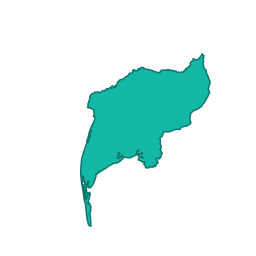 Chame, Panama (orthographic projection), rotated 124°
{"feature_id": "35544464B5601098588879", "entity_name": "Chame", "entity_type": "district", "adm_level": 2, "iso_a3": "PAN", "parent_name": "Panama", "parent_adm1": "", "projection": "orthographic", "projection_center": [-79.873, 8.613], "detail": "fine", "context": "isolated", "style": "filled", "palette": "teal", "viewbox_px": 256, "rotation_deg": 124, "n_neighbors": 0, "source": "geoboundaries", "source_scale": "gbopen_adm2", "svg_char_len": 5946}
<svg xmlns="http://www.w3.org/2000/svg" viewBox="0 0 256 256"><g transform="rotate(124 128 128)"><path d="M25.4,108.0L28.4,107.5L29.3,108.1L31.0,107.9L32.5,108.6L33.3,109.2L34.2,112.6L34.6,112.6L35.3,111.8L35.7,111.7L36.5,111.8L36.7,112.3L37.4,112.7L39.5,112.7L40.5,111.8L40.7,111.3L42.9,112.0L43.7,111.8L46.3,113.1L47.1,113.1L47.7,112.6L48.5,113.4L49.4,113.3L49.7,113.6L50.7,113.8L51.3,113.6L51.8,115.1L52.9,115.9L53.4,117.5L54.0,117.8L54.5,118.7L54.5,119.4L54.0,120.1L55.1,121.3L54.9,122.8L56.4,124.3L56.4,126.1L56.9,126.6L57.7,126.8L57.4,127.4L57.5,128.1L59.0,128.3L59.1,129.4L60.1,131.1L61.6,132.6L62.7,133.0L63.3,132.4L65.3,133.7L67.5,142.4L67.9,142.9L68.3,144.5L69.2,145.4L69.4,147.6L69.6,147.8L69.4,149.5L70.0,149.6L70.5,150.9L71.3,151.0L72.0,151.4L72.6,151.1L72.7,151.5L73.6,151.6L73.7,151.9L73.1,152.3L73.4,152.7L74.3,152.6L74.9,152.1L76.5,153.9L76.5,154.3L76.2,154.8L76.6,156.0L77.5,155.4L77.8,156.0L78.2,156.1L78.6,155.2L79.7,155.3L81.1,156.1L81.6,157.3L84.4,157.2L85.0,157.8L85.9,157.6L86.8,158.7L87.6,158.5L89.2,158.9L89.9,159.6L90.8,159.8L91.5,160.6L93.1,161.8L94.8,161.9L95.7,162.4L97.7,161.5L98.5,161.5L99.0,161.9L100.0,162.0L100.1,161.1L101.1,161.3L101.9,162.2L102.5,162.4L101.5,162.8L101.9,163.3L101.6,164.0L102.4,164.9L103.6,164.7L104.3,164.1L104.5,165.1L105.0,165.7L106.8,166.2L107.2,167.6L107.6,167.6L108.1,167.1L108.9,167.8L110.4,168.4L111.2,169.6L111.2,170.1L111.9,170.0L113.2,170.4L114.2,171.2L115.1,171.4L114.9,173.2L116.7,174.8L116.7,175.6L118.8,175.8L119.1,176.4L119.9,177.1L122.0,177.4L124.3,176.7L125.8,175.8L130.5,174.6L131.4,173.8L133.5,172.9L133.6,172.3L132.6,171.0L132.5,169.3L131.9,167.5L132.0,166.8L134.2,165.0L134.6,164.1L137.6,163.2L137.9,162.8L137.6,161.4L138.6,160.5L149.4,158.7L154.4,157.3L157.2,156.1L161.2,155.0L161.6,153.9L161.0,154.5L158.8,155.2L156.9,155.3L154.0,157.0L152.1,157.2L151.0,157.7L150.7,157.6L150.7,157.2L151.0,157.5L151.8,157.2L150.7,157.0L150.8,156.9L152.9,156.9L153.3,156.7L153.0,156.2L153.6,156.4L154.5,156.3L156.2,154.3L158.9,154.7L159.5,153.9L160.8,153.9L161.4,153.2L161.9,153.0L162.5,153.2L162.6,153.6L161.8,154.0L161.8,154.8L162.5,154.2L177.0,150.0L180.4,148.7L188.6,144.1L192.7,141.4L200.5,134.9L201.9,133.3L212.2,123.9L215.4,120.2L225.9,111.5L230.0,107.0L230.5,106.1L230.6,105.3L230.2,104.0L229.6,104.0L228.6,105.2L227.9,105.5L223.3,109.0L221.5,110.5L221.0,111.6L217.6,112.6L214.2,114.6L213.1,116.0L212.6,117.0L212.8,117.9L212.7,119.3L212.9,119.5L213.5,119.4L213.2,119.6L212.6,119.4L212.6,118.0L212.0,117.8L212.0,118.6L211.5,119.6L211.1,119.9L206.3,121.4L204.1,122.3L203.1,123.5L203.1,124.1L203.4,124.4L203.9,124.2L204.6,123.4L204.5,123.1L206.6,124.2L208.0,123.2L209.9,122.6L211.2,123.3L211.2,124.1L208.9,126.1L208.2,127.1L206.6,128.1L206.5,128.7L206.2,128.7L206.1,128.2L205.9,128.2L205.3,129.9L202.8,131.2L201.8,132.3L201.1,133.9L200.0,134.6L198.9,135.9L198.4,136.0L197.7,135.0L197.1,136.8L194.8,137.3L194.2,138.9L193.6,139.2L193.1,138.4L193.7,136.7L194.4,136.1L196.0,135.5L197.1,133.7L198.3,132.3L198.3,131.5L198.7,130.3L198.5,130.0L197.2,130.2L196.2,131.2L195.4,131.2L195.1,130.6L194.6,130.8L194.3,131.2L194.2,131.1L194.8,130.3L195.3,130.2L196.0,130.5L196.7,129.7L197.6,129.3L198.6,128.0L199.5,127.6L199.4,126.8L198.0,125.7L195.2,125.4L191.9,125.8L186.2,127.4L185.2,128.2L185.2,128.8L184.9,128.1L184.3,128.0L184.2,128.8L183.8,128.8L182.6,127.7L182.1,128.0L181.1,127.2L180.9,127.5L180.8,127.1L180.0,126.8L179.6,127.0L179.6,126.7L178.1,125.7L177.1,125.6L175.6,124.7L175.0,125.0L174.9,124.6L174.1,124.0L170.5,122.8L168.9,122.2L167.9,121.2L165.8,120.6L163.6,118.0L161.7,116.8L158.2,115.5L155.5,115.2L155.2,115.3L155.1,115.8L155.6,117.5L158.4,118.9L158.8,120.8L158.4,119.9L156.2,121.4L154.4,120.4L153.4,121.0L153.5,121.5L154.1,122.1L153.9,122.4L153.4,122.4L153.8,122.2L153.2,121.1L154.1,120.3L154.9,120.2L155.7,121.0L156.3,121.1L158.4,119.4L157.8,118.9L155.5,118.0L155.0,117.3L153.8,117.7L153.2,117.2L154.2,117.5L154.8,117.1L154.8,114.9L153.6,113.7L152.6,111.4L151.6,109.7L150.6,108.9L147.4,107.1L147.1,107.0L147.1,107.4L146.9,106.8L145.7,106.2L144.4,106.4L142.7,107.9L142.0,107.7L141.2,106.7L140.3,106.8L140.7,106.4L141.4,106.4L142.0,107.4L142.5,107.6L143.4,106.0L144.7,105.3L141.7,102.8L141.0,102.9L140.7,102.2L141.9,102.5L142.1,101.3L142.3,102.8L145.0,104.7L145.3,103.4L145.9,102.6L144.0,100.1L143.9,99.7L144.2,99.2L144.2,100.1L146.2,102.2L147.6,102.0L147.3,101.3L148.0,101.9L148.3,101.9L148.2,101.6L148.6,101.5L148.6,101.1L147.9,98.6L148.3,96.8L147.6,96.2L146.6,94.3L147.3,94.8L149.1,94.7L149.0,94.1L149.6,93.4L149.7,92.9L150.3,91.8L151.0,91.3L150.4,89.8L148.7,88.0L147.6,88.2L147.0,86.7L147.3,86.3L147.2,85.9L145.3,85.0L144.9,85.3L144.3,85.3L144.3,84.8L145.1,84.5L144.6,83.8L143.6,83.8L141.0,84.7L140.3,84.4L140.5,83.6L140.0,83.7L139.5,84.0L138.6,86.0L138.7,86.6L138.1,87.0L138.0,87.5L137.3,86.8L135.6,85.9L135.5,85.2L136.1,84.9L135.2,84.6L133.7,84.6L132.5,85.1L130.5,85.5L129.4,86.1L129.4,87.0L128.3,88.3L128.4,89.3L126.9,89.0L126.3,89.7L124.5,90.3L123.7,91.8L122.9,92.7L120.8,93.5L120.2,94.5L119.0,95.4L118.0,95.8L116.0,95.1L114.9,95.3L114.4,95.8L112.9,95.5L112.3,95.9L111.3,96.1L110.3,95.6L109.4,93.5L107.6,91.3L103.4,88.5L101.7,86.7L100.3,84.3L97.0,84.0L93.3,80.3L89.6,78.6L88.5,78.8L85.7,82.2L81.8,83.6L81.2,84.3L77.6,83.5L72.8,80.6L68.8,79.1L66.8,79.4L64.2,78.9L63.6,79.1L57.9,79.4L55.0,80.0L53.5,79.8L52.5,80.6L50.7,83.4L49.4,83.6L47.7,84.5L45.6,84.7L43.9,85.8L40.0,91.2L38.0,94.5L36.5,95.4L36.6,96.0L36.3,96.3L36.0,97.8L35.3,99.3L34.1,100.1L32.3,102.1L30.8,102.3L29.1,104.4L28.3,104.2L25.6,105.5L25.4,108.0ZM209.5,124.8L210.5,123.1L209.8,122.9L208.1,123.3L207.7,124.0L206.5,124.5L204.9,123.8L204.6,124.2L204.2,126.2L204.4,126.8L203.0,127.2L202.3,128.5L201.4,129.0L200.3,129.2L199.5,129.0L198.6,129.7L198.9,130.9L198.4,132.0L198.7,132.5L200.0,132.7L200.5,132.5L201.0,131.9L201.0,131.2L201.5,130.5L203.9,127.9L204.1,128.1L203.9,129.0L205.0,127.8L205.0,127.1L205.5,126.8L206.8,126.8L207.8,125.7L209.5,124.8Z" fill="#14b8a6" stroke="#0f766e" stroke-width="1.5"/></g></svg>